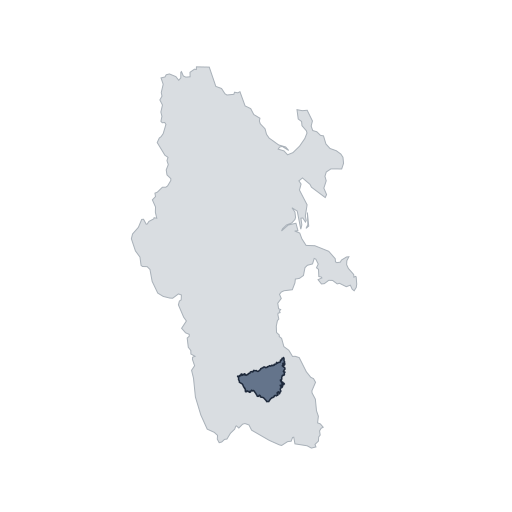 where Ternopil' sits in Ukraine, rotated 252°
{"feature_id": "UKR-292", "entity_name": "Ternopil'", "entity_type": "Region", "adm_level": 1, "iso_a3": "UKR", "parent_name": "Ukraine", "parent_adm1": "", "projection": "natural_earth1", "projection_center": [25.734, 49.388], "detail": "fine", "context": "in_parent", "style": "filled", "palette": "slate", "viewbox_px": 512, "rotation_deg": 252, "n_neighbors": 0, "source": "natural_earth", "source_scale": "10m", "svg_char_len": 8973}
<svg xmlns="http://www.w3.org/2000/svg" viewBox="0 0 512 512"><g transform="rotate(252 256 256)"><path d="M347.0,331.4L352.6,338.7L357.2,342.5L359.5,342.6L365.7,340.0L369.8,340.9L373.3,338.5L382.5,340.2L379.9,344.9L378.8,349.7L367.0,351.4L362.5,348.6L357.8,348.7L355.4,352.2L350.8,354.6L349.4,357.3L341.0,357.1L335.4,359.6L331.3,364.9L326.7,368.2L323.0,369.2L317.1,367.9L312.3,364.4L315.7,354.2L314.2,348.8L310.5,346.2L305.8,346.0L299.6,341.5L292.6,342.1L290.2,339.9L304.3,330.0L307.4,329.5L315.9,324.3L314.2,320.0L310.5,321.1L305.3,317.7L288.9,320.4L278.8,315.3L274.2,314.7L273.0,313.5L277.7,312.3L278.1,310.4L271.4,309.2L267.7,306.9L286.0,309.1L290.8,305.1L285.8,306.6L280.6,305.6L278.7,304.3L276.4,300.3L276.1,294.6L273.7,289.6L271.9,288.0L275.5,296.2L274.8,304.1L267.1,303.7L267.8,300.5L264.3,304.7L258.3,304.9L250.6,306.9L247.6,315.1L238.0,326.6L229.0,330.5L225.9,329.8L224.7,330.8L224.1,334.3L225.7,336.0L227.1,341.7L226.6,344.1L223.4,340.9L219.7,339.5L215.6,340.0L208.2,343.2L205.6,342.6L205.9,344.3L205.2,344.8L198.1,343.1L195.1,341.6L192.6,338.6L194.8,337.2L199.1,336.7L198.9,332.4L204.2,327.0L204.4,324.6L209.1,321.3L210.4,317.7L208.6,312.4L209.2,309.6L214.3,307.7L214.8,311.9L215.9,311.5L217.0,309.4L224.0,311.3L226.1,309.9L229.1,312.7L234.5,311.9L235.7,310.6L231.0,307.3L231.3,302.0L229.8,299.0L222.8,295.1L221.3,290.4L221.9,286.3L218.4,284.7L212.7,280.1L214.3,271.9L213.9,268.9L212.3,266.5L207.8,266.9L204.4,262.1L198.9,261.2L197.4,262.9L196.5,261.3L194.7,261.4L194.8,259.4L193.6,258.7L189.0,258.2L187.9,256.4L183.0,253.6L176.9,251.9L173.7,253.7L172.2,253.2L169.8,254.9L161.2,254.5L156.2,258.1L149.2,259.7L148.5,262.3L146.0,265.7L130.3,268.1L123.7,270.6L121.6,272.8L117.5,273.6L110.5,267.5L108.4,267.0L101.5,268.2L90.1,265.7L84.3,265.8L78.3,263.0L76.4,265.3L72.4,267.0L72.0,264.7L70.0,262.4L65.9,261.7L64.5,259.7L60.7,258.2L58.6,253.9L55.9,254.0L56.2,249.3L59.7,246.0L65.3,235.0L72.0,235.9L72.1,234.7L69.0,232.2L69.7,228.7L67.9,221.8L69.2,219.8L76.6,211.6L91.7,198.0L97.5,197.1L100.1,193.7L100.2,191.3L97.7,186.5L100.5,184.9L100.3,184.1L97.9,182.2L95.3,176.9L90.9,171.8L91.3,169.4L89.7,165.9L89.8,163.3L93.8,162.6L97.3,164.0L101.2,161.8L106.4,156.1L121.8,154.4L140.6,154.8L159.1,158.8L167.2,159.4L170.6,163.7L177.3,163.6L179.3,164.4L179.5,167.0L182.9,163.8L186.3,164.8L190.1,163.4L199.2,165.2L200.3,167.7L202.1,168.3L204.7,165.3L210.2,162.9L215.7,169.7L220.2,168.3L233.5,167.1L236.8,169.2L237.4,171.3L242.0,173.0L243.9,170.5L241.6,163.7L242.6,161.1L246.2,155.3L251.1,151.1L264.0,149.4L276.0,151.0L279.5,149.2L281.1,144.8L282.6,143.8L290.8,145.3L298.1,142.9L310.9,142.8L315.1,145.4L319.6,153.0L326.1,158.6L325.7,160.4L320.1,161.4L320.0,162.4L322.0,164.9L322.9,170.3L323.9,170.9L322.6,173.3L328.7,173.8L333.7,175.6L341.4,174.8L343.6,178.8L347.0,179.3L347.2,181.9L350.3,188.2L349.3,191.4L349.9,193.5L354.1,198.3L355.9,198.9L360.6,196.4L365.6,197.2L370.0,200.8L374.2,200.8L377.0,202.8L380.0,200.5L394.4,197.1L398.1,200.5L398.8,202.6L401.1,205.6L409.0,211.0L411.2,210.4L411.7,208.0L413.5,207.2L417.9,209.7L422.3,210.0L428.5,213.7L434.1,212.8L437.1,216.0L440.7,216.4L448.0,220.8L454.7,220.7L454.4,224.8L456.1,226.6L455.9,229.9L451.4,235.2L447.0,236.8L448.6,239.5L454.0,241.3L454.4,242.1L449.7,242.5L447.8,244.5L446.8,248.7L451.1,250.0L452.7,255.2L451.8,256.9L454.3,257.8L450.1,269.9L429.7,270.2L425.9,275.0L419.9,276.6L418.1,278.1L416.6,284.9L418.4,286.2L416.8,289.1L417.2,291.5L402.1,292.0L397.8,296.5L391.2,297.6L385.8,302.3L383.3,300.9L380.4,300.9L374.2,303.9L368.5,303.6L364.1,304.9L354.7,311.8L350.5,317.9L346.3,319.7L352.1,314.8L352.3,312.1L350.8,310.1L347.3,315.1L342.5,317.3L342.9,323.1L347.0,331.4ZM281.5,318.3L268.2,315.4L266.8,312.1L269.8,315.0L281.5,318.3Z" fill="#d9dde1" stroke="#a8b0b8" stroke-width="1"/><path d="M143.7,201.2L144.1,201.3L145.5,201.8L145.9,201.9L146.6,201.6L147.0,201.3L147.3,201.4L147.4,201.7L147.2,202.0L146.9,202.4L146.8,202.6L146.7,202.8L146.8,203.1L147.0,203.2L147.1,203.3L147.4,203.5L147.4,204.4L146.9,204.6L147.0,204.8L147.8,205.0L148.0,205.1L148.2,205.3L148.3,205.5L148.2,205.9L148.0,206.0L147.8,206.1L147.0,206.1L146.9,206.2L146.8,206.3L146.9,206.5L147.0,206.7L147.3,206.8L147.4,207.0L147.3,207.4L147.2,207.6L146.7,207.8L146.6,208.1L146.9,208.3L147.3,208.3L147.5,208.5L147.4,208.7L147.4,208.9L147.3,209.0L146.0,209.3L145.8,209.5L145.6,209.7L145.6,209.9L145.8,210.4L145.9,210.8L145.9,211.1L145.7,211.4L145.8,211.7L145.9,211.9L146.0,212.0L146.4,212.2L146.5,212.5L146.6,212.8L146.5,213.1L146.4,213.5L146.5,214.0L147.2,214.5L147.3,214.7L147.4,215.0L147.5,215.4L147.4,216.0L147.3,216.4L147.0,216.6L146.8,216.9L146.8,217.0L146.8,217.3L146.9,217.5L147.1,217.7L147.7,218.1L147.9,218.3L147.9,218.5L147.8,218.8L147.7,218.9L147.3,219.3L147.2,219.6L147.0,220.5L146.9,221.0L146.2,221.4L146.0,221.5L145.6,222.2L145.6,222.4L145.6,222.5L145.7,223.0L146.1,223.7L146.3,224.2L146.5,225.0L146.7,225.3L147.3,225.6L147.4,225.8L147.4,226.5L147.6,227.2L147.6,227.3L147.5,227.7L147.5,228.0L147.7,228.3L148.0,228.7L148.0,228.8L148.0,229.1L147.8,229.4L147.8,230.0L147.7,230.1L147.3,230.3L147.1,230.4L146.9,230.6L146.8,230.8L146.8,231.4L146.7,231.8L146.7,232.1L146.8,232.3L147.2,232.7L147.2,232.8L147.1,233.3L147.0,233.7L147.1,233.9L147.4,234.7L147.5,234.9L147.3,235.3L147.0,235.5L146.7,235.9L146.8,236.2L147.2,237.0L146.8,237.3L146.7,237.4L146.7,237.5L146.9,237.9L146.8,238.0L146.6,238.2L146.5,238.3L146.7,238.6L146.8,238.9L146.8,239.3L146.6,239.6L146.6,239.8L146.8,239.9L147.1,239.8L147.3,240.0L147.2,240.5L147.1,241.4L147.1,241.7L147.5,242.1L148.1,242.4L148.2,242.5L147.7,242.7L147.6,243.0L147.4,243.3L147.5,243.6L147.8,243.8L147.9,244.0L147.8,244.5L147.7,245.3L147.6,245.8L147.6,246.0L147.7,246.3L148.0,246.5L148.6,246.7L148.6,247.0L148.9,247.4L149.0,247.4L149.2,247.2L149.3,247.2L149.4,247.6L149.1,248.0L149.2,248.3L149.5,248.5L150.0,248.8L150.6,249.2L150.6,249.3L150.3,249.4L150.2,249.5L150.5,250.1L150.8,250.8L150.2,251.0L149.6,250.9L148.9,250.7L148.3,250.4L148.0,250.3L147.7,250.3L146.4,250.5L145.7,250.1L145.5,249.3L145.6,248.5L145.3,248.2L144.7,248.1L144.6,248.6L144.7,249.0L144.9,249.3L145.2,249.7L144.9,250.1L144.5,250.1L144.1,249.9L143.7,249.6L143.5,249.2L143.5,248.9L143.7,248.0L143.7,247.6L143.6,247.2L143.4,247.1L143.1,247.2L143.0,247.3L142.9,247.8L142.8,248.0L142.5,248.0L142.0,247.8L141.7,248.0L141.4,248.5L141.1,248.7L140.7,248.8L140.3,248.8L139.3,248.4L139.3,248.1L139.2,247.9L138.7,247.4L138.3,247.1L138.1,246.7L137.7,246.4L137.1,246.8L137.0,247.0L136.9,247.3L136.8,247.5L136.6,247.6L136.3,247.4L136.1,246.7L135.0,246.5L134.5,246.4L134.2,246.2L134.4,245.9L134.4,245.7L134.3,245.3L134.0,245.1L134.0,244.7L134.3,244.5L134.3,244.3L134.0,243.9L133.3,243.5L132.6,242.9L132.2,242.8L131.7,242.7L131.3,242.6L130.8,242.3L130.3,242.0L130.1,241.7L130.3,241.4L130.5,241.0L130.3,240.9L130.0,240.8L129.8,240.7L129.6,240.8L129.6,241.0L129.6,241.3L129.3,241.4L128.4,241.1L128.0,241.2L127.9,241.3L128.0,241.9L127.9,242.3L127.7,242.3L127.3,242.3L126.2,243.3L125.6,243.4L125.3,242.7L125.6,242.2L126.9,241.9L127.3,241.5L126.1,241.1L125.6,241.0L125.0,241.5L125.0,241.0L125.1,240.3L125.3,239.5L125.5,239.2L125.2,239.0L124.9,239.1L124.4,239.4L124.1,239.8L123.9,240.7L123.7,240.9L123.4,240.7L122.9,239.9L122.8,239.7L122.8,239.4L122.9,238.9L122.9,238.6L122.7,238.4L121.5,237.8L121.2,237.8L120.3,237.9L119.9,237.9L119.6,237.7L119.2,237.3L119.1,237.0L119.1,236.7L118.9,236.5L118.8,236.3L118.0,236.1L117.8,235.9L117.7,235.7L117.8,235.4L118.2,235.3L118.4,235.4L119.1,235.6L119.3,235.7L119.5,235.7L119.9,235.4L119.9,235.2L119.7,234.9L119.7,234.5L119.6,234.2L119.3,233.8L118.6,233.7L118.2,233.6L117.4,233.9L117.2,233.9L116.9,233.7L116.9,232.7L116.8,232.3L116.7,232.1L116.8,231.9L117.2,231.6L117.4,231.3L117.5,231.0L117.4,230.5L117.3,230.3L117.1,229.9L116.6,229.8L116.5,229.6L116.3,228.6L116.1,228.1L116.2,227.9L116.4,227.5L116.4,227.4L116.1,226.9L115.7,226.0L115.4,225.4L113.6,223.1L113.9,222.6L114.0,222.2L114.1,221.3L114.2,221.2L114.3,221.1L114.7,221.1L115.1,221.1L119.0,219.3L119.1,219.2L119.7,218.2L120.0,217.6L120.5,216.8L120.6,216.7L120.8,216.6L121.0,216.8L121.6,216.9L122.2,216.6L122.4,216.5L122.5,216.4L122.5,216.0L122.5,215.9L122.4,215.8L122.0,215.3L121.8,214.9L121.9,214.7L122.0,214.2L122.2,213.9L122.3,213.9L123.4,213.8L123.8,213.6L125.6,213.3L126.3,213.0L127.0,212.8L127.4,212.6L128.1,212.5L128.5,212.3L128.8,212.1L128.9,211.9L128.9,211.7L128.7,211.3L128.7,211.1L128.8,210.8L128.9,210.7L129.1,210.6L129.6,210.5L129.7,210.4L129.7,210.2L129.3,209.7L129.1,209.3L128.6,209.0L128.4,208.8L128.3,208.5L128.3,207.9L128.4,207.7L128.6,207.7L128.9,207.7L129.2,207.9L129.3,207.7L129.3,207.3L129.3,207.0L129.4,206.7L130.1,206.4L130.3,206.1L130.5,205.7L130.4,205.5L130.0,205.2L129.9,205.0L129.9,204.7L130.1,204.3L130.2,204.1L130.3,204.1L130.6,204.1L131.2,204.2L131.6,204.4L132.2,204.5L132.5,204.7L133.0,204.6L133.5,204.2L133.8,204.2L134.0,204.4L134.4,204.3L134.9,204.0L135.1,203.9L135.5,203.8L138.0,203.6L138.5,203.4L140.6,201.6L141.1,201.2L141.6,201.3L142.2,201.5L142.7,201.5L143.3,201.3L143.7,201.2Z" fill="#64748b" stroke="#1e293b" stroke-width="1.5"/></g></svg>